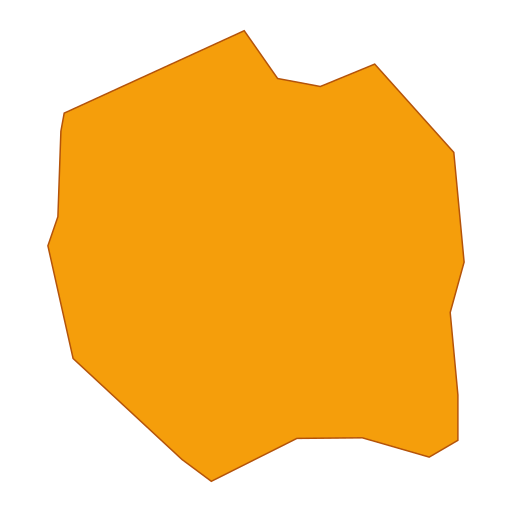 Tahoua Ville, Tahoua, Niger (Mercator projection)
{"feature_id": "23599985B25077979802367", "entity_name": "Tahoua Ville", "entity_type": "district", "adm_level": 2, "iso_a3": "NER", "parent_name": "Niger", "parent_adm1": "Tahoua", "projection": "mercator", "projection_center": [5.259, 14.899], "detail": "fine", "context": "isolated", "style": "filled", "palette": "amber", "viewbox_px": 512, "rotation_deg": 0, "n_neighbors": 0, "source": "geoboundaries", "source_scale": "gbopen_adm2", "svg_char_len": 362}
<svg xmlns="http://www.w3.org/2000/svg" viewBox="0 0 512 512"><path d="M277.6,78.5L244.2,30.7L64.2,113.1L60.9,131.2L57.9,216.7L47.9,245.8L73.1,358.5L182.0,459.5L211.3,481.3L296.9,438.4L362.3,437.8L429.2,457.1L457.9,440.3L457.9,395.0L450.2,312.5L464.1,262.1L453.8,152.4L374.7,64.1L320.3,86.5L277.6,78.5Z" fill="#f59e0b" stroke="#b45309" stroke-width="1.5"/></svg>